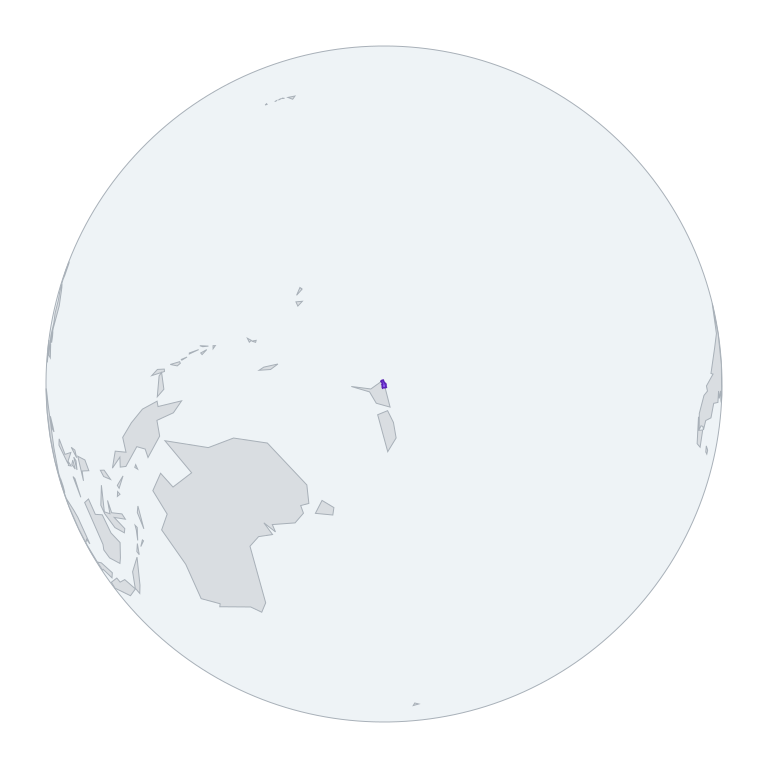 Gisborne District highlighted on a globe, orthographic projection, rotated 314°
{"feature_id": "NZL-3396", "entity_name": "Gisborne District", "entity_type": "Unitary Authority", "adm_level": 1, "iso_a3": "NZL", "parent_name": "New Zealand", "parent_adm1": "", "projection": "orthographic", "projection_center": [178.051, -38.256], "detail": "fine", "context": "on_globe", "style": "filled", "palette": "violet", "viewbox_px": 768, "rotation_deg": 314, "n_neighbors": 0, "source": "natural_earth", "source_scale": "10m", "svg_char_len": 5720}
<svg xmlns="http://www.w3.org/2000/svg" viewBox="0 0 768 768"><g transform="rotate(314 384 384)"><circle cx="384" cy="384" r="338" fill="#eef3f6" stroke="#a8b0b8"/><path d="M395.0,256.5L395.5,258.9L395.0,259.2L395.0,256.5ZM610.3,634.9L604.9,639.7L605.8,638.2L612.9,630.9L606.5,635.2L611.4,629.5L602.7,637.0L599.1,634.6L586.8,642.7L581.2,640.8L572.9,645.7L575.0,642.9L574.2,641.1L570.2,642.4L581.8,631.3L598.1,622.1L603.6,621.6L606.6,617.3L619.7,613.8L618.7,611.9L639.6,596.8L651.2,588.1L669.9,564.2L652.2,589.5L632.3,613.2L610.3,634.9ZM525.4,120.5L523.4,115.8L529.3,119.9L525.4,120.5ZM519.0,112.3L520.4,114.0L518.6,112.4L519.0,112.3ZM515.6,110.8L518.1,111.9L515.4,111.0L515.6,110.8ZM511.2,109.2L513.5,109.9L513.3,110.0L511.2,109.2ZM503.9,105.7L502.1,104.7L504.1,104.8L503.9,105.7ZM558.6,650.7L578.9,633.0L569.3,642.6L572.3,645.2L558.1,655.3L558.6,650.7ZM563.4,658.8L561.2,662.8L557.8,664.9L558.6,662.7L563.4,658.8ZM182.9,112.4L181.0,114.3L175.4,119.1L165.6,126.8L173.4,119.8L171.7,121.1L182.9,112.4ZM146.1,144.0L145.2,145.4L136.1,156.4L108.5,191.2L93.8,211.9L91.0,217.0L89.9,217.8L81.2,234.0L77.7,248.5L75.4,256.4L64.7,283.5L65.7,277.9L62.5,280.0L56.8,301.4L59.0,304.9L59.5,319.7L55.6,323.0L55.6,310.8L54.6,311.0L58.6,293.2L59.8,288.6L67.5,265.6L76.8,243.1L87.8,221.4L100.2,200.5L114.2,180.6L129.5,161.7L146.1,144.0ZM173.0,628.4L175.9,627.7L178.0,631.3L173.0,628.4ZM98.1,322.0L104.0,318.5L104.1,320.0L98.1,322.0ZM91.8,322.6L97.9,317.4L91.2,326.5L91.8,322.6ZM100.4,315.5L106.8,307.4L109.5,303.0L109.4,306.1L100.4,315.5ZM87.9,326.6L69.8,348.2L63.7,353.8L64.3,346.9L74.3,333.6L87.9,326.6ZM63.9,347.5L55.6,348.7L50.3,332.4L52.0,325.6L58.8,326.6L58.2,331.8L63.2,333.4L63.9,347.5ZM87.2,291.1L86.6,304.3L75.9,315.1L71.5,318.7L68.3,307.4L70.0,297.7L73.4,293.3L90.8,251.0L96.0,251.3L89.7,266.9L94.2,272.2L87.2,291.1ZM101.2,227.5L91.9,244.6L101.4,224.6L101.2,227.5ZM108.8,211.1L107.7,215.9L106.1,213.6L108.8,211.1ZM87.8,223.8L84.1,229.9L85.5,226.6L91.3,217.0L87.8,223.8ZM129.1,166.4L123.1,175.8L120.3,179.9L121.5,176.2L129.1,166.4ZM357.5,400.8L367.3,405.1L362.9,417.5L353.6,430.2L337.9,433.7L357.5,400.8ZM254.2,438.2L243.3,424.5L257.2,420.3L260.3,433.8L254.2,438.2ZM364.8,391.8L368.3,379.1L359.5,362.2L371.3,378.0L386.2,380.7L371.6,404.4L364.8,391.8ZM174.2,400.3L144.4,450.9L134.9,454.6L131.0,443.0L109.7,420.6L112.1,418.8L102.6,401.6L116.6,366.6L124.6,325.4L139.8,318.4L146.7,291.8L164.6,285.3L163.3,303.8L186.5,307.3L191.0,265.8L216.2,301.8L240.6,313.3L260.5,341.1L257.8,398.6L245.9,412.9L238.7,408.5L235.1,415.8L222.3,416.5L205.3,401.3L202.2,408.7L200.7,394.0L198.3,408.4L187.1,399.8L174.2,400.3ZM307.1,284.6L312.6,285.8L324.7,293.8L315.6,292.3L307.1,284.6ZM381.9,263.6L386.8,267.8L380.2,267.9L381.9,263.6ZM395.0,259.2L387.1,259.5L395.0,256.5L395.0,259.2ZM322.9,259.0L326.6,261.7L324.8,262.7L322.9,259.0ZM320.5,258.1L322.0,253.9L323.2,258.2L320.5,258.1ZM290.6,236.6L292.8,234.4L294.5,236.0L290.6,236.6ZM113.0,311.9L120.2,295.8L125.3,291.7L113.0,311.9ZM285.6,232.6L278.8,232.7L279.0,230.6L285.6,232.6ZM284.9,227.7L283.6,224.9L289.3,231.4L284.9,227.7ZM271.1,222.4L280.0,226.8L270.3,223.1L271.1,222.4ZM266.6,223.6L260.7,222.0L260.9,221.1L266.6,223.6ZM210.8,237.1L231.3,250.1L217.0,252.5L200.1,245.9L190.7,258.8L167.2,265.3L171.3,257.4L167.2,249.7L145.4,255.6L141.0,252.0L147.9,244.8L134.8,247.1L149.0,237.3L155.7,245.8L164.1,233.1L180.6,229.2L198.1,227.7L214.0,232.7L210.8,237.1ZM150.9,262.6L153.5,261.4L151.6,266.0L150.9,262.6ZM249.6,216.7L258.1,221.5L257.4,223.1L253.4,222.7L249.6,216.7ZM217.3,229.8L233.6,216.6L237.8,216.0L227.3,229.3L217.3,229.8ZM228.7,211.1L237.1,210.9L242.1,215.6L240.5,217.4L228.7,211.1ZM121.6,267.1L121.3,270.7L117.9,270.3L121.6,267.1ZM125.8,262.6L136.6,260.1L125.0,265.9L125.8,262.6ZM97.8,271.6L100.3,277.0L108.2,266.0L102.2,277.5L108.5,285.7L107.1,291.9L100.6,282.6L99.9,298.0L96.6,300.6L93.8,290.2L96.7,273.1L100.1,264.5L114.9,251.0L97.8,271.6ZM125.4,253.6L122.7,246.7L124.9,239.9L127.6,242.5L125.4,253.6ZM116.6,231.9L111.7,227.3L105.6,235.1L119.3,213.9L121.6,221.6L116.6,231.9ZM114.8,215.8L108.9,222.9L115.9,211.6L114.8,215.8ZM108.3,221.0L109.3,215.3L113.1,212.9L108.3,221.0ZM117.5,214.1L121.2,203.0L121.7,207.5L117.5,214.1ZM111.8,203.4L117.2,206.3L107.5,211.1L114.2,192.7L118.9,188.4L111.8,203.4ZM182.8,116.2L185.6,113.1L191.8,109.3L188.1,112.4L182.8,116.2ZM214.6,96.1L194.4,107.3L178.6,117.7L180.3,117.3L171.0,125.8L172.0,122.8L187.8,110.5L198.7,104.0L206.5,98.2L218.3,91.4L225.4,86.5L232.5,82.7L229.4,85.4L214.6,96.1ZM228.0,84.7L244.6,76.2L253.4,72.6L251.8,73.6L240.4,78.9L236.4,80.4L228.0,84.7ZM251.3,73.2L251.2,73.3L250.9,73.4L251.3,73.2Z" fill="#d9dde1" stroke="#a8b0b8" stroke-width="1"/><path d="M384.1,379.8L385.1,379.9L385.2,380.0L385.3,380.2L385.4,380.3L385.5,380.3L385.8,380.4L386.0,380.4L386.2,380.5L386.3,380.6L386.4,380.8L386.3,381.0L386.1,381.2L386.0,381.5L385.9,381.6L385.8,381.8L385.7,381.9L385.6,382.3L385.4,382.4L385.4,382.5L385.5,382.8L385.5,383.0L385.4,383.2L385.3,383.3L385.4,383.6L385.3,383.8L385.2,384.1L385.3,384.2L385.4,384.3L385.4,384.5L385.3,384.8L385.2,384.8L385.3,384.9L385.4,385.0L385.2,385.2L385.2,385.6L384.6,386.3L384.1,386.7L383.9,386.5L383.6,386.6L383.5,386.8L383.6,387.0L383.5,387.3L383.5,387.6L383.4,388.0L383.1,388.0L383.0,387.9L382.4,387.7L381.7,387.1L381.5,386.8L381.3,386.4L381.1,386.3L380.0,385.9L380.3,385.4L380.3,385.2L380.6,384.8L381.1,384.6L381.3,384.4L381.4,384.2L381.4,383.9L381.6,383.8L381.8,383.7L382.0,383.5L382.2,383.4L382.3,383.2L382.3,382.8L382.3,382.7L382.5,382.7L382.7,382.8L382.8,383.0L383.0,383.1L383.2,382.9L383.5,381.9L383.7,381.5L383.9,381.3L384.0,381.1L383.9,381.0L383.7,381.0L383.7,380.8L383.7,380.7L383.7,380.3L383.7,380.2L383.8,380.2L384.0,380.1L384.1,379.9L384.1,379.8Z" fill="#8b5cf6" stroke="#5b21b6" stroke-width="1.5"/></g></svg>